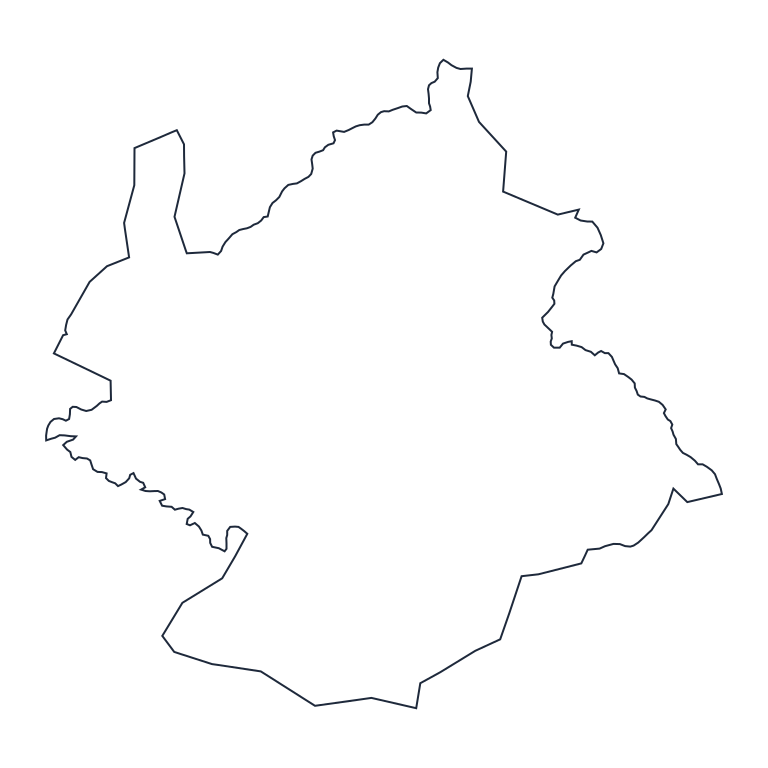 the district of Castelo do Piauí, Piauí, Brazil
{"feature_id": "56859067B95286770264401", "entity_name": "Castelo do Piauí", "entity_type": "district", "adm_level": 2, "iso_a3": "BRA", "parent_name": "Brazil", "parent_adm1": "Piauí", "projection": "albers", "projection_center": [-41.58, -5.307], "detail": "fine", "context": "isolated", "style": "outline", "palette": "slate", "viewbox_px": 768, "rotation_deg": 0, "n_neighbors": 0, "source": "geoboundaries", "source_scale": "gbopen_adm2", "svg_char_len": 4342}
<svg xmlns="http://www.w3.org/2000/svg" viewBox="0 0 768 768"><path d="M443.4,59.8L439.9,63.2L438.2,67.6L437.4,72.2L437.8,78.1L434.7,81.7L431.4,83.1L429.0,85.3L428.0,89.2L428.6,93.9L429.0,98.5L429.0,103.3L430.1,106.5L430.7,110.1L426.2,113.4L421.2,112.6L416.2,112.5L411.0,109.0L406.8,106.0L402.3,106.5L397.8,108.1L392.7,109.8L388.8,111.4L384.1,111.2L381.0,112.1L377.8,114.7L375.4,118.5L372.4,122.2L368.7,124.6L364.2,124.6L359.7,125.2L355.8,126.4L352.8,127.9L348.7,130.0L344.1,131.9L340.6,131.3L336.6,130.6L333.1,132.4L333.7,136.1L335.0,140.1L333.5,143.3L328.3,144.8L324.9,147.3L323.1,150.2L319.5,151.6L315.5,152.8L312.7,155.6L311.5,159.4L312.2,164.3L312.7,168.6L311.2,174.0L308.4,176.9L304.6,178.9L301.1,181.1L296.9,183.4L293.0,183.9L288.3,184.9L284.5,188.3L282.1,191.4L279.3,197.0L276.0,200.3L272.5,203.0L269.9,207.2L268.9,211.4L267.7,216.5L263.7,217.1L261.2,220.5L257.8,223.2L253.7,224.7L250.6,226.9L246.9,228.3L243.3,229.0L239.3,230.0L236.3,232.1L232.4,234.2L228.6,238.6L225.4,242.1L222.6,246.6L221.1,251.0L217.8,254.6L213.3,252.9L210.0,252.0L186.8,253.3L185.7,250.2L174.5,216.8L184.5,173.4L184.1,156.3L184.0,144.3L176.8,130.2L171.2,132.5L160.8,137.0L134.5,148.1L134.3,185.2L124.1,222.9L124.9,228.9L129.1,257.4L107.0,266.2L89.6,281.9L87.9,284.9L71.1,314.4L67.5,319.5L66.1,325.0L65.2,330.4L66.8,334.2L63.1,335.2L53.9,353.4L103.8,377.4L110.6,380.7L111.0,400.2L106.6,401.9L102.1,401.6L99.5,403.4L96.8,405.9L91.6,409.8L86.2,411.0L81.2,409.5L76.4,407.0L72.7,406.8L70.1,408.9L69.9,414.3L69.1,419.0L65.9,420.7L62.7,419.2L59.0,418.3L54.0,419.0L50.5,421.9L48.3,425.5L47.1,428.7L46.6,432.0L46.1,435.6L46.2,440.4L51.3,438.7L55.1,437.7L59.6,435.2L64.6,435.4L70.8,436.2L76.0,436.4L73.1,439.6L66.8,441.8L63.2,445.1L67.1,449.6L70.3,452.0L71.5,456.9L75.2,459.9L78.7,457.2L82.7,458.1L87.0,458.5L90.2,460.4L91.6,464.8L93.1,469.2L97.5,471.9L102.0,472.1L106.6,473.4L106.0,478.1L108.8,480.9L111.8,482.1L115.2,483.3L118.0,486.1L121.4,484.5L125.7,482.1L129.2,478.3L130.2,474.8L133.5,473.1L136.0,478.6L140.0,481.8L143.2,482.8L145.2,487.3L141.1,489.6L145.5,491.0L149.8,491.3L153.8,491.1L157.9,491.0L161.4,492.5L164.2,494.5L165.1,499.1L159.7,500.9L162.1,505.7L166.3,506.4L171.6,506.8L174.9,509.7L178.5,508.7L182.5,508.0L186.1,509.1L189.3,509.6L193.3,512.0L190.5,516.4L187.7,518.8L186.7,524.0L190.0,525.3L194.8,523.0L198.9,526.5L201.4,530.5L202.8,534.6L208.3,535.8L210.1,539.1L210.2,542.9L212.1,546.8L218.8,548.2L224.6,551.3L226.5,548.8L226.5,543.3L226.3,538.1L227.2,535.0L227.2,530.9L230.2,526.9L235.0,526.6L238.5,526.9L241.2,528.8L244.2,531.1L247.3,533.8L235.2,556.2L222.2,578.3L182.4,602.8L162.3,635.9L169.9,646.1L174.2,651.9L181.5,654.3L186.0,655.7L191.8,657.6L212.0,664.1L217.7,664.9L260.8,671.4L315.0,705.8L358.1,699.8L371.4,697.9L416.2,708.2L420.3,683.2L440.3,672.2L475.3,650.8L500.2,639.3L509.3,613.2L521.6,576.2L538.4,574.3L581.3,563.4L585.1,555.4L587.7,549.7L599.6,548.6L605.0,546.2L613.5,543.9L619.9,544.1L625.1,546.1L630.3,546.6L633.6,545.6L638.2,542.6L644.2,537.1L648.2,533.2L651.5,530.2L668.3,504.1L673.4,488.6L687.3,502.1L721.9,494.0L720.7,488.5L719.0,484.1L716.7,478.7L715.0,474.2L711.7,470.3L706.9,466.8L702.6,464.3L698.0,464.3L694.9,460.7L690.6,457.1L686.7,454.8L682.9,452.9L680.2,449.8L678.2,446.8L676.3,444.1L675.9,439.0L673.5,434.7L672.6,431.5L671.1,428.1L672.3,424.6L670.4,421.1L667.8,419.5L665.5,416.1L663.9,413.1L665.7,409.4L662.6,404.9L658.9,401.8L655.0,400.5L650.4,399.3L647.2,398.4L644.4,396.9L640.5,396.5L637.8,394.6L636.6,391.0L634.9,387.6L634.7,383.4L631.6,379.6L628.4,377.1L624.0,374.1L619.1,373.4L617.7,368.2L615.1,364.3L613.7,361.1L611.9,356.9L608.4,353.1L604.8,353.1L601.1,351.0L598.2,352.5L594.8,355.3L590.9,351.8L585.5,350.1L581.6,347.1L576.5,345.6L571.8,344.7L571.7,341.2L568.1,341.9L563.0,343.6L559.7,347.7L554.0,347.7L550.9,344.8L550.7,341.6L551.8,338.4L551.4,335.0L552.1,331.8L544.4,324.5L542.8,321.6L542.2,317.7L548.0,312.0L552.1,306.8L554.4,303.8L554.2,300.5L552.3,297.7L553.3,293.9L554.6,286.4L558.8,279.3L561.1,275.5L564.9,271.1L570.8,265.4L575.8,261.2L579.8,259.8L583.5,254.6L588.5,252.3L591.4,250.9L596.6,252.4L601.2,249.0L603.4,243.3L600.8,235.1L597.5,227.7L592.3,221.6L587.1,221.5L580.6,220.5L575.2,217.7L578.8,209.6L557.8,214.6L503.1,191.6L506.2,151.6L479.0,121.9L467.8,96.1L470.7,81.7L471.9,68.6L466.6,68.6L460.5,69.0L456.5,67.9L451.5,65.2L448.0,62.5L443.4,59.8Z" fill="none" stroke="#1e293b" stroke-width="2"/></svg>